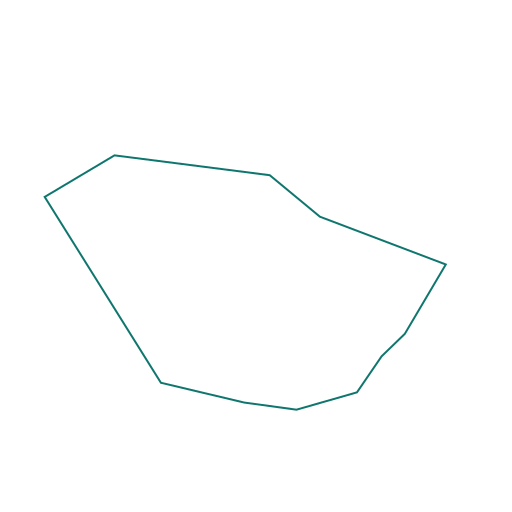 SVG path tracing the border of Odranci, rotated 235°
{"feature_id": "SVN-1046", "entity_name": "Odranci", "entity_type": "Municipality", "adm_level": 1, "iso_a3": "SVN", "parent_name": "Slovenia", "parent_adm1": "", "projection": "robinson", "projection_center": [16.274, 46.584], "detail": "fine", "context": "isolated", "style": "outline", "palette": "teal", "viewbox_px": 512, "rotation_deg": 235, "n_neighbors": 0, "source": "natural_earth", "source_scale": "10m", "svg_char_len": 309}
<svg xmlns="http://www.w3.org/2000/svg" viewBox="0 0 512 512"><g transform="rotate(235 256 256)"><path d="M206.7,105.4L425.6,116.8L419.6,197.8L314.3,313.6L251.5,330.9L140.2,406.6L106.9,333.3L101.8,301.4L86.4,260.5L106.9,201.0L142.8,162.2L206.7,105.4Z" fill="none" stroke="#0f766e" stroke-width="2"/></g></svg>